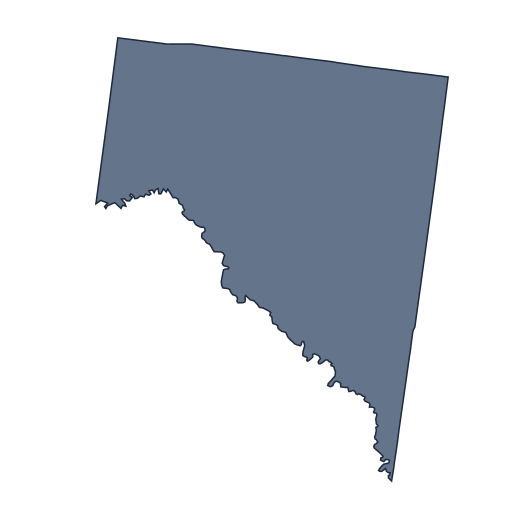 San Juan, Utah, United States of America (orthographic projection), rotated 278°
{"feature_id": "52423323B48895226682919", "entity_name": "San Juan", "entity_type": "district", "adm_level": 2, "iso_a3": "USA", "parent_name": "United States of America", "parent_adm1": "Utah", "projection": "orthographic", "projection_center": [-110.349, 37.749], "detail": "fine", "context": "isolated", "style": "filled", "palette": "slate", "viewbox_px": 512, "rotation_deg": 278, "n_neighbors": 0, "source": "geoboundaries", "source_scale": "gbopen_adm2", "svg_char_len": 4167}
<svg xmlns="http://www.w3.org/2000/svg" viewBox="0 0 512 512"><g transform="rotate(278 256 256)"><path d="M177.0,302.8L176.2,304.1L174.2,306.9L173.4,311.0L173.2,312.2L174.5,313.2L176.5,313.2L177.7,313.7L177.9,315.1L176.8,315.5L174.1,316.7L168.1,315.9L164.2,316.0L163.1,318.0L163.0,319.5L162.3,321.1L161.0,320.9L159.8,320.7L159.1,321.4L159.1,321.9L160.9,323.9L163.9,326.3L166.3,325.8L167.4,327.6L166.8,329.2L166.2,331.4L165.5,332.6L163.2,334.1L161.0,332.8L159.5,332.3L158.0,333.4L158.2,334.6L159.8,336.8L161.4,338.2L162.7,339.3L163.0,341.5L161.6,342.8L161.3,344.8L159.9,346.3L159.1,345.2L157.7,345.8L157.6,347.5L156.6,348.9L155.1,349.3L152.5,350.8L148.2,351.0L145.5,349.1L143.1,347.7L139.8,345.3L137.7,345.1L136.9,347.9L138.3,350.1L140.8,350.7L142.5,351.8L143.3,353.8L141.9,357.3L138.2,358.2L138.2,363.0L138.8,365.1L137.1,365.9L135.6,366.3L134.7,366.8L135.2,368.8L136.1,370.1L136.3,371.5L135.3,373.1L133.7,373.9L132.9,375.6L133.7,376.7L133.4,379.2L132.1,381.0L132.2,382.2L131.4,383.7L130.3,383.5L128.9,382.9L127.4,384.2L127.0,385.8L126.4,388.2L124.9,389.6L124.0,389.3L122.0,389.4L122.5,391.3L122.4,393.2L121.6,394.7L119.7,394.7L118.7,394.4L117.7,394.1L117.0,394.8L117.2,395.5L117.0,397.1L115.7,397.8L114.0,397.6L111.1,397.3L106.5,398.6L104.9,400.4L103.5,399.5L103.0,398.5L101.2,399.1L99.7,399.4L95.5,399.2L93.5,398.6L91.5,399.3L91.0,400.7L88.6,402.5L86.7,400.9L85.7,399.5L83.6,399.1L82.1,400.1L78.9,405.1L75.7,409.4L74.9,409.7L74.0,408.8L73.5,407.7L71.2,407.8L70.6,409.6L70.2,411.2L71.7,412.2L72.4,412.4L72.8,415.0L72.0,416.7L69.6,416.2L69.0,415.1L67.5,411.2L64.3,409.0L62.6,408.0L60.7,407.2L60.1,408.2L60.1,410.3L61.9,412.3L63.7,413.6L62.6,414.4L61.0,415.1L59.8,417.1L60.0,419.0L58.0,418.9L56.9,417.6L54.6,418.1L52.0,421.6L64.7,421.9L68.9,421.8L90.3,422.0L102.2,421.8L158.1,421.9L180.2,421.9L180.3,422.0L184.9,422.0L202.4,421.8L204.1,422.0L207.8,423.2L287.1,423.0L290.8,423.0L313.0,422.9L357.3,422.7L380.3,422.3L400.5,422.1L401.1,422.1L420.2,421.8L420.5,421.8L421.4,421.8L424.3,421.8L426.6,421.8L435.9,421.7L460.0,421.4L459.8,405.1L459.8,404.6L459.8,402.0L459.7,399.8L459.7,396.9L459.7,396.4L459.3,381.9L459.2,376.5L459.3,374.5L459.2,365.9L458.7,338.1L458.8,313.7L458.8,310.4L459.0,303.6L458.7,287.3L458.6,284.3L458.6,282.9L458.5,273.6L458.4,263.5L458.4,263.1L458.4,257.1L458.2,255.0L458.2,243.8L458.0,235.9L458.0,234.6L457.9,227.7L457.9,225.9L457.9,220.1L457.4,205.3L457.4,200.2L457.3,199.7L457.0,165.6L457.0,163.0L454.5,145.3L453.5,138.5L452.8,88.8L380.8,89.6L285.4,90.2L289.5,94.6L287.7,101.8L283.8,99.1L282.1,100.7L285.1,101.9L289.2,108.8L284.3,115.7L287.6,116.7L287.2,120.2L289.8,118.9L293.6,114.8L294.4,117.7L292.6,120.3L292.9,123.1L296.9,125.5L298.1,122.5L300.1,123.4L298.5,126.3L295.9,128.0L296.7,130.7L299.3,133.0L299.0,136.9L301.8,138.0L301.3,141.7L302.8,143.3L305.7,140.8L307.0,144.2L304.4,146.3L307.2,147.1L309.3,149.6L304.1,151.1L304.4,153.2L309.5,155.0L306.9,158.2L310.0,159.3L302.1,165.9L302.6,167.3L302.7,167.8L301.5,170.8L297.4,172.6L296.2,175.9L293.1,177.5L291.9,178.7L290.9,178.8L290.2,177.9L289.5,177.0L288.5,176.7L287.2,177.5L286.4,178.6L285.6,179.4L285.2,180.4L284.6,181.5L283.6,182.4L282.8,183.8L282.1,184.9L282.3,186.4L282.6,187.5L282.4,189.2L280.8,190.3L278.8,191.8L277.7,194.3L276.9,197.1L277.1,200.4L276.0,201.8L273.4,202.0L272.3,200.9L270.8,199.4L268.9,199.3L266.9,199.7L265.8,200.7L265.4,201.9L263.8,203.9L262.8,204.4L261.7,206.0L261.2,208.5L259.8,209.7L257.9,211.2L256.4,212.2L254.4,214.1L254.8,217.5L255.1,220.8L254.5,222.8L252.2,224.9L250.1,224.3L245.9,223.8L244.0,223.5L241.9,225.4L241.5,228.1L241.7,229.3L240.4,230.8L239.4,230.3L238.8,227.5L237.8,225.7L233.6,225.5L230.2,225.3L225.9,225.2L222.4,226.0L219.8,227.5L219.8,231.0L219.8,232.9L219.0,234.9L217.3,235.5L214.4,238.3L214.0,241.3L212.0,243.5L209.6,243.5L208.4,243.5L207.1,244.7L207.5,246.9L207.9,249.6L209.0,251.4L211.6,251.6L213.7,250.8L215.5,251.3L214.7,252.3L211.9,256.2L211.3,260.3L208.2,264.2L205.6,266.6L205.5,270.0L203.9,274.7L203.2,276.7L202.0,278.4L201.7,278.2L199.4,277.9L197.7,280.2L193.9,281.1L191.5,282.1L191.1,284.8L190.1,287.1L187.2,288.0L185.0,291.8L184.5,296.1L180.1,298.9L177.7,301.7L177.0,302.8Z" fill="#64748b" stroke="#1e293b" stroke-width="1.5"/></g></svg>